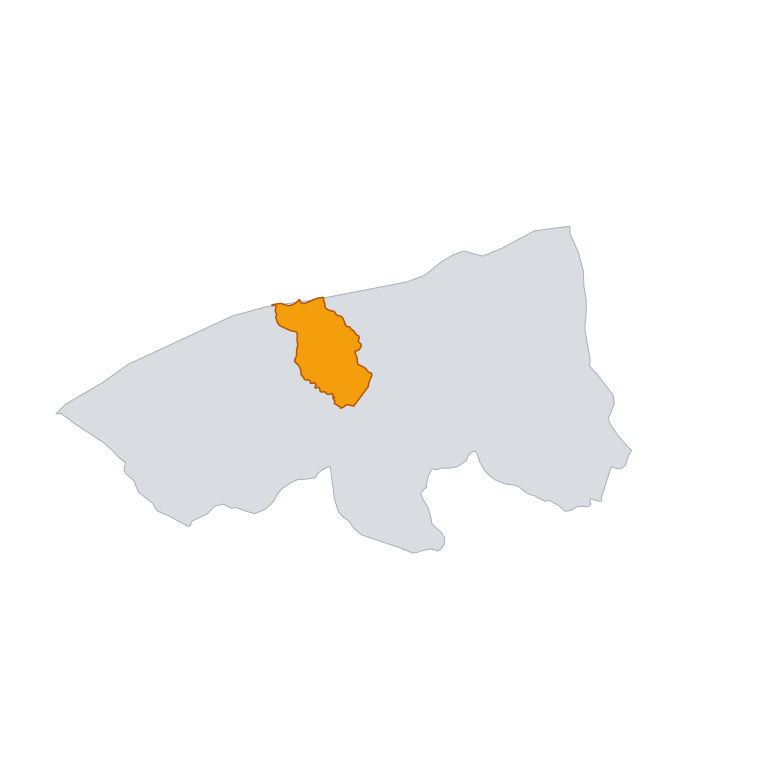 Liberia, with River Cess highlighted, rotated 127°
{"feature_id": "LBR-792", "entity_name": "River Cess", "entity_type": "County", "adm_level": 1, "iso_a3": "LBR", "parent_name": "Liberia", "parent_adm1": "", "projection": "mercator", "projection_center": [-9.35, 5.813], "detail": "fine", "context": "in_parent", "style": "filled", "palette": "amber", "viewbox_px": 768, "rotation_deg": 127, "n_neighbors": 0, "source": "natural_earth", "source_scale": "10m", "svg_char_len": 5525}
<svg xmlns="http://www.w3.org/2000/svg" viewBox="0 0 768 768"><g transform="rotate(127 384 384)"><path d="M146.2,330.6L152.4,325.4L161.4,308.7L174.0,292.6L185.7,283.1L195.1,273.2L204.9,265.7L219.1,256.9L240.7,233.8L245.8,231.1L249.3,215.1L254.7,194.6L260.9,188.3L275.7,184.5L279.1,181.0L284.3,166.6L287.7,149.8L288.0,146.2L293.8,145.8L303.7,142.2L309.4,143.8L312.0,148.6L313.3,152.7L343.4,142.2L346.0,140.1L347.6,140.4L351.4,149.9L353.5,149.3L355.3,146.6L357.4,146.3L359.7,147.6L362.1,152.0L365.9,155.9L372.4,158.7L376.5,162.5L376.1,172.6L377.7,182.4L380.5,184.6L382.0,190.5L382.7,196.9L384.3,200.3L385.4,206.7L384.8,213.7L386.0,218.5L390.8,227.0L393.8,237.6L393.8,245.1L392.1,253.0L388.9,260.2L383.3,268.1L382.8,271.2L386.2,273.2L391.2,273.7L395.4,272.1L406.0,275.7L411.6,280.9L416.5,287.3L420.9,290.5L422.9,294.6L430.5,293.4L439.2,289.5L441.0,287.7L443.7,288.7L449.3,289.1L453.3,282.1L456.5,274.0L463.3,265.3L466.6,261.9L467.5,256.3L467.9,249.1L470.3,242.8L475.9,239.4L482.0,239.4L485.3,240.7L487.0,246.8L491.8,251.4L496.0,254.6L498.2,255.9L501.7,259.5L505.0,271.7L518.0,311.1L517.3,322.0L514.7,329.1L514.7,336.0L513.8,342.9L505.9,354.1L482.4,377.1L484.2,379.1L489.8,381.8L495.5,383.1L500.2,382.4L506.1,388.2L512.4,395.4L519.1,399.1L528.7,402.4L537.1,402.8L544.3,401.5L554.4,403.0L565.2,408.9L569.0,418.8L571.6,427.4L575.4,431.7L575.9,439.2L583.5,445.7L594.4,447.0L608.6,454.7L612.2,454.3L613.7,453.3L615.5,454.7L619.0,476.9L621.8,488.6L620.3,493.3L618.4,497.0L618.3,514.9L611.9,525.1L610.9,536.3L609.1,540.0L602.2,543.2L602.2,551.8L600.3,562.3L599.6,573.3L601.6,602.3L601.9,623.9L605.0,627.9L591.7,626.1L552.5,609.7L522.3,600.2L421.2,546.2L393.1,524.6L360.8,492.3L288.8,427.2L272.3,416.8L251.6,411.7L238.8,406.2L229.8,400.2L222.5,382.1L204.5,371.4L171.2,356.1L146.2,330.6Z" fill="#d9dde1" stroke="#a8b0b8" stroke-width="1"/><path d="M388.1,521.1L382.0,515.3L381.2,513.6L380.0,509.4L378.9,507.3L377.7,506.1L375.8,504.8L373.8,503.8L372.1,503.4L371.8,503.2L368.5,502.5L367.8,502.6L367.6,501.4L369.0,499.7L369.3,498.6L367.4,495.8L355.9,489.1L351.6,485.0L351.7,484.4L351.7,484.0L352.0,483.6L352.4,483.2L353.1,482.9L353.7,482.6L354.1,482.2L354.3,481.4L354.6,480.7L355.1,480.0L357.8,477.4L358.2,476.8L358.5,475.6L358.5,475.0L358.5,474.4L357.7,470.8L357.3,469.9L356.5,468.7L356.4,468.2L356.2,467.8L356.2,467.3L356.2,466.8L356.3,466.4L356.4,465.9L357.1,464.5L357.2,464.2L357.3,463.9L357.3,463.1L357.2,462.7L357.0,461.9L356.0,459.7L355.8,458.9L355.7,458.5L355.8,458.0L356.2,456.6L356.5,455.7L360.3,449.7L360.4,449.3L360.5,448.9L360.4,448.5L359.4,446.4L359.2,445.6L359.2,445.2L359.3,444.8L359.9,443.7L360.1,443.2L360.1,442.8L359.7,441.6L359.7,441.2L359.7,440.7L361.1,436.3L361.2,435.9L361.2,435.1L361.2,434.7L361.0,434.3L360.9,433.5L360.9,433.0L361.1,432.5L361.5,432.0L362.2,431.5L365.1,430.4L365.5,430.0L365.8,429.2L365.8,428.6L365.8,427.6L365.8,427.1L366.0,426.6L366.2,426.2L366.5,425.7L367.1,425.3L367.7,424.9L369.0,424.7L370.3,424.6L372.0,424.7L372.8,424.9L373.2,425.1L373.6,425.4L374.1,426.2L374.5,426.5L374.8,426.8L375.3,426.9L375.8,426.7L376.4,425.9L378.9,421.8L379.6,421.0L383.2,417.7L383.7,417.0L383.9,416.4L382.8,410.4L382.7,408.6L382.8,407.8L383.6,404.8L383.7,404.0L383.7,403.2L383.7,402.8L383.5,402.4L383.2,401.6L383.1,401.2L383.1,400.8L383.2,400.4L383.4,400.0L383.7,399.6L384.2,399.1L384.7,398.8L385.2,398.6L389.8,397.6L390.3,397.4L391.2,397.0L393.0,396.5L393.8,396.1L395.4,395.0L419.9,394.9L422.1,400.0L423.2,401.5L423.6,401.6L426.4,402.3L428.5,403.3L429.2,403.9L429.4,404.3L428.8,404.7L428.7,405.2L428.7,405.9L429.1,408.3L429.1,408.8L429.1,409.1L429.2,409.5L429.3,410.0L429.4,411.3L429.4,411.7L429.4,411.9L429.3,412.0L429.0,412.2L427.5,412.7L427.3,412.9L427.1,413.3L427.0,414.6L426.8,415.0L426.6,415.3L426.1,416.1L425.9,416.3L425.6,416.3L425.5,416.1L425.4,415.7L425.1,415.4L424.9,415.2L424.7,415.3L424.6,415.5L424.5,416.0L424.5,417.0L424.5,417.4L424.3,417.7L424.1,417.8L423.9,417.9L423.8,418.5L423.6,418.8L423.1,419.0L422.7,419.3L422.6,419.5L422.7,419.8L422.9,420.0L425.3,421.6L425.9,422.2L426.1,422.6L426.2,422.9L426.3,424.5L426.2,424.8L425.8,426.2L425.7,426.5L425.8,426.8L426.2,427.1L426.8,427.4L427.1,427.8L428.1,429.4L428.3,429.9L428.4,430.2L428.2,430.5L426.2,433.0L425.9,433.4L425.9,433.6L425.9,433.8L426.1,434.1L426.6,434.7L428.5,436.2L428.6,436.3L428.6,436.5L428.5,436.8L428.1,437.2L427.8,437.4L427.4,437.6L427.1,437.7L426.7,437.7L425.9,437.6L425.6,437.6L425.4,437.8L425.2,438.1L424.8,439.5L424.8,440.0L424.8,440.3L425.0,440.4L425.2,440.5L425.4,440.5L425.6,440.6L425.9,440.8L426.2,441.1L426.4,441.6L426.8,442.1L427.1,442.4L427.3,442.6L427.7,443.0L427.6,443.3L427.3,443.4L426.5,444.1L426.1,445.1L426.0,445.6L426.0,446.1L426.4,446.9L427.6,448.6L428.1,449.5L428.2,450.0L428.2,450.4L427.3,451.9L427.2,452.2L427.0,453.1L426.5,455.8L424.1,457.6L422.2,460.0L420.8,462.8L420.4,464.3L420.1,467.5L419.7,468.8L418.8,469.7L417.6,470.1L415.2,470.5L413.7,471.1L410.1,473.8L409.1,474.4L405.9,475.7L404.0,477.1L400.7,480.4L397.6,482.2L395.1,484.8L395.6,486.5L396.2,488.0L397.1,489.4L397.7,491.2L400.1,501.8L400.0,502.4L399.9,503.4L399.4,505.4L398.9,506.4L395.7,510.7L395.2,511.1L394.8,511.2L394.5,511.2L394.1,511.2L393.6,511.3L393.0,511.5L392.7,511.8L392.5,512.4L392.1,513.5L391.9,514.1L391.5,514.5L390.9,514.7L390.6,514.9L389.8,515.6L389.6,515.8L389.4,515.9L389.0,516.1L387.3,516.6L387.0,516.9L386.8,517.1L386.8,517.3L386.8,517.7L386.8,518.4L386.9,518.8L387.0,519.0L387.3,519.3L388.3,520.1L388.6,520.4L388.6,520.6L388.5,520.8L388.3,521.0L388.1,521.1L388.1,521.1Z" fill="#f59e0b" stroke="#b45309" stroke-width="1.5"/></g></svg>